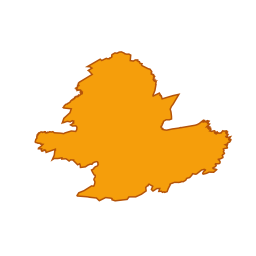 the district of Taurupes pag., Ogre, Latvia, rotated 337°
{"feature_id": "27541924B63996115519048", "entity_name": "Taurupes pag.", "entity_type": "district", "adm_level": 2, "iso_a3": "LVA", "parent_name": "Latvia", "parent_adm1": "Ogre", "projection": "natural_earth1", "projection_center": [25.305, 56.909], "detail": "fine", "context": "isolated", "style": "filled", "palette": "amber", "viewbox_px": 256, "rotation_deg": 337, "n_neighbors": 0, "source": "geoboundaries", "source_scale": "gbopen_adm2", "svg_char_len": 5759}
<svg xmlns="http://www.w3.org/2000/svg" viewBox="0 0 256 256"><g transform="rotate(337 128 128)"><path d="M41.5,99.0L41.5,99.6L40.8,100.1L40.3,101.2L40.3,101.6L38.7,102.5L37.1,104.6L37.5,105.4L38.7,106.2L38.9,106.6L41.6,108.1L41.3,108.7L43.3,109.8L40.8,110.9L37.7,111.6L37.4,112.1L40.3,113.4L39.6,114.1L39.5,115.2L40.0,115.3L39.9,115.7L40.6,116.0L41.1,115.4L42.3,115.4L42.3,116.0L43.4,116.2L43.1,118.5L52.9,119.1L52.5,120.1L51.9,120.1L49.5,124.2L45.9,127.6L48.1,127.2L51.6,128.7L55.5,129.6L54.9,130.7L58.7,132.0L59.6,133.1L60.9,135.4L62.7,134.9L65.3,136.2L65.0,136.5L67.3,142.2L69.5,142.1L69.5,143.6L68.8,145.7L69.0,145.8L73.6,147.1L76.6,146.5L79.1,146.5L80.7,147.3L81.8,146.6L83.6,146.3L85.8,146.6L86.7,147.3L86.8,147.7L86.6,148.1L86.8,148.5L86.2,149.4L86.4,149.8L85.5,150.7L84.6,151.0L82.6,150.9L81.8,151.4L81.0,151.5L80.5,152.2L78.0,152.4L78.1,154.9L78.5,157.9L79.3,158.8L78.5,160.5L77.6,160.9L76.6,161.8L76.4,162.9L76.6,163.8L76.3,165.2L74.8,167.2L73.7,168.1L71.8,167.1L63.0,168.5L57.4,168.4L54.7,170.2L54.8,170.8L63.8,175.5L65.7,176.8L71.6,180.1L73.2,183.7L80.2,183.3L84.7,185.8L85.7,186.7L85.2,187.8L87.7,190.0L99.3,193.4L102.0,191.8L108.2,194.4L114.5,194.2L120.1,193.0L121.1,189.6L123.6,188.7L123.9,188.9L124.9,188.0L125.4,187.9L128.0,191.3L125.5,193.7L126.2,195.6L126.5,195.8L130.9,195.0L133.6,196.1L131.6,198.4L134.0,199.3L134.6,200.7L136.2,200.8L136.6,201.6L139.1,201.8L141.7,199.2L144.5,196.9L144.4,196.6L145.0,196.0L149.6,196.2L153.6,198.0L155.7,198.4L156.1,198.1L157.8,199.0L160.7,198.6L162.1,197.5L162.8,197.3L165.4,197.7L168.2,196.4L169.6,195.3L172.1,196.9L173.2,197.1L179.3,195.4L181.8,195.8L182.4,196.1L182.9,196.8L182.6,197.1L181.2,197.4L179.7,198.3L179.0,199.1L179.0,199.5L179.4,199.9L182.5,200.4L185.4,200.3L189.6,202.2L193.3,201.0L193.0,200.5L190.6,198.8L190.5,198.0L193.4,197.6L194.2,197.2L194.6,196.7L194.2,195.4L194.7,195.1L196.6,196.0L198.3,196.4L198.8,196.2L199.5,195.3L199.6,194.8L199.3,193.0L198.8,192.4L198.9,192.1L201.1,192.5L203.8,192.3L204.2,190.9L204.0,190.1L205.0,189.5L206.1,189.4L206.9,188.9L206.5,187.2L207.6,186.1L207.5,184.6L208.6,184.5L211.5,185.2L211.8,185.0L211.8,183.5L212.9,182.3L211.6,182.1L211.0,181.4L212.5,181.5L213.8,181.1L214.4,180.5L216.0,180.7L217.5,179.7L218.2,178.9L218.1,178.6L217.7,178.4L217.1,178.8L216.6,178.8L216.2,178.3L216.2,177.8L218.9,176.1L217.6,175.9L216.9,176.3L216.4,175.7L215.2,175.2L214.7,174.2L215.2,173.9L216.2,174.2L216.6,174.0L216.9,173.3L217.5,173.0L217.1,172.7L217.2,172.3L216.4,172.0L216.1,170.7L216.6,170.3L217.4,170.7L217.9,170.7L218.1,170.5L217.7,170.0L217.7,169.2L214.9,168.3L214.2,167.6L211.5,169.0L211.1,168.6L209.8,168.5L209.2,167.7L208.9,167.6L206.8,167.9L206.5,167.4L208.6,166.7L208.6,166.4L205.9,166.5L205.8,166.2L206.7,165.8L206.7,164.6L206.4,164.3L203.4,163.7L202.1,162.6L203.6,162.0L204.0,160.4L203.6,160.2L202.6,160.7L202.0,160.6L201.6,159.4L203.2,159.4L203.7,159.0L202.0,157.9L200.9,157.6L201.3,157.4L201.7,157.6L202.2,157.1L203.6,156.8L204.6,156.2L203.0,155.1L204.2,154.0L205.3,153.4L203.9,152.2L203.3,152.3L203.1,153.2L202.7,153.3L202.1,152.9L201.4,151.8L200.2,152.1L199.2,151.5L199.7,151.2L200.8,151.4L201.4,151.0L200.5,150.3L195.4,151.7L193.0,151.9L190.9,151.7L176.9,148.4L176.8,148.2L174.6,147.9L168.4,146.2L162.7,145.1L161.0,144.1L159.1,142.7L159.8,142.0L158.8,140.9L158.7,140.1L159.1,139.4L159.6,139.5L161.3,137.9L161.3,137.4L162.3,137.1L163.3,135.7L166.3,135.3L169.2,136.6L171.6,136.7L172.6,134.2L173.8,130.1L174.2,127.1L176.5,125.0L178.9,123.6L188.0,116.9L182.2,115.8L170.8,114.5L171.2,111.5L170.7,111.2L170.4,110.5L170.8,110.5L170.5,108.1L163.7,108.4L163.8,107.6L167.4,104.0L170.8,98.8L170.6,98.5L172.0,96.3L171.8,95.9L171.3,95.9L171.9,95.7L170.9,95.4L170.7,95.1L171.2,94.7L170.5,94.7L170.3,94.1L170.6,94.0L170.4,93.5L171.0,93.2L170.4,92.9L171.1,92.2L171.1,91.8L171.7,91.7L172.6,91.0L172.1,90.6L172.4,90.3L172.0,89.9L172.2,89.7L172.2,89.3L172.1,89.1L172.3,88.8L171.4,88.5L171.1,87.8L170.7,87.5L171.1,87.1L170.8,86.9L170.8,86.4L171.8,85.6L171.9,85.2L171.2,82.4L169.8,81.4L165.2,76.0L165.1,75.3L166.0,74.3L164.4,73.3L164.4,71.4L163.5,70.9L163.5,70.2L162.9,69.7L163.4,69.1L161.2,68.2L159.1,68.5L156.4,66.8L159.0,62.0L157.7,60.3L155.7,59.6L154.0,58.3L153.9,57.8L151.7,55.4L149.6,54.7L147.1,54.9L145.3,53.8L141.9,54.2L141.1,55.4L141.0,56.2L139.1,56.7L138.4,56.4L137.9,56.9L136.1,56.2L135.3,55.4L130.2,55.6L129.3,53.8L114.6,55.6L116.9,56.8L118.2,58.8L113.9,59.5L114.4,60.3L116.0,64.7L101.2,66.8L99.8,67.4L99.8,67.7L99.2,68.4L99.2,69.0L98.9,69.0L99.1,69.3L98.8,69.3L98.9,69.7L98.0,69.6L97.7,70.4L97.2,70.5L97.1,70.9L96.4,70.9L96.7,71.2L96.2,71.6L95.5,71.6L95.9,72.0L95.8,72.5L96.1,72.6L95.8,72.9L96.1,73.2L96.0,73.4L96.8,73.3L96.8,73.8L97.9,73.8L99.1,74.5L99.3,74.9L98.7,75.0L98.9,75.4L98.3,76.1L98.9,76.3L98.7,76.4L99.0,76.5L98.9,76.8L99.6,76.7L99.5,77.1L99.9,77.3L99.6,77.7L98.7,77.7L99.3,78.3L99.0,78.6L97.6,78.4L97.2,78.8L96.4,78.9L95.5,78.8L95.5,78.4L95.2,78.5L95.5,78.7L95.4,79.1L94.1,79.6L92.9,79.0L92.7,78.6L91.9,78.8L91.8,79.1L90.9,78.9L90.8,79.2L90.2,79.6L90.4,80.0L90.2,80.1L88.8,79.8L88.4,80.4L87.4,80.4L87.2,80.2L85.5,80.9L85.0,81.4L83.5,81.8L82.3,81.8L81.6,82.2L80.3,81.9L78.1,82.6L77.1,83.5L76.3,83.8L76.6,84.4L83.3,88.2L80.5,91.3L72.8,94.0L69.5,97.6L71.0,97.6L71.0,97.9L73.7,98.0L75.0,98.3L77.2,99.8L79.5,99.5L80.7,100.5L79.6,101.3L80.0,102.1L76.3,102.7L77.7,104.5L80.6,105.5L81.2,106.4L81.2,107.7L80.1,109.6L78.5,110.7L74.6,108.6L68.0,107.9L66.7,108.1L63.7,106.3L58.3,103.6L57.4,102.0L56.0,101.8L54.4,100.8L53.5,101.0L51.8,100.8L52.0,100.5L51.8,100.5L50.7,100.5L50.4,100.3L50.6,100.1L50.5,99.8L50.0,99.5L50.3,99.1L49.8,98.8L48.5,98.8L48.0,98.5L47.6,98.7L47.0,97.9L46.4,97.7L45.8,97.6L45.2,97.9L44.2,97.6L43.9,98.2L43.3,98.0L42.9,98.2L42.6,98.5L42.8,98.6L42.7,98.9L42.2,98.6L41.5,99.0Z" fill="#f59e0b" stroke="#b45309" stroke-width="1.5"/></g></svg>